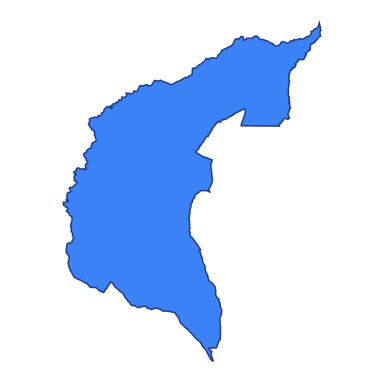 the district of Antonio Ante, Imbabura, Ecuador
{"feature_id": "8360857B41675882344987", "entity_name": "Antonio Ante", "entity_type": "district", "adm_level": 2, "iso_a3": "ECU", "parent_name": "Ecuador", "parent_adm1": "Imbabura", "projection": "albers", "projection_center": [-78.197, 0.328], "detail": "fine", "context": "isolated", "style": "filled", "palette": "blue", "viewbox_px": 384, "rotation_deg": 0, "n_neighbors": 0, "source": "geoboundaries", "source_scale": "gbopen_adm2", "svg_char_len": 5848}
<svg xmlns="http://www.w3.org/2000/svg" viewBox="0 0 384 384"><path d="M213.1,360.9L212.9,359.7L211.1,355.0L211.3,352.8L211.9,351.6L210.6,350.7L208.8,348.7L209.1,348.2L216.6,347.8L218.6,341.4L219.3,340.9L220.3,339.2L220.6,326.9L219.9,322.8L220.2,321.1L219.7,319.1L221.1,315.5L221.8,310.7L220.3,306.4L220.2,303.6L219.4,302.3L218.9,299.4L216.2,296.4L215.6,294.3L215.8,291.3L215.1,287.0L212.1,282.8L210.0,281.8L209.1,280.7L208.1,278.2L207.8,276.0L205.4,270.6L204.9,266.0L203.0,262.9L202.1,257.6L200.9,255.3L200.8,253.4L199.4,251.6L199.3,251.0L200.5,250.6L200.4,249.4L196.6,243.6L191.9,237.4L190.5,236.4L190.0,235.2L190.1,232.4L189.3,231.1L189.6,229.2L190.0,228.5L189.5,225.9L189.7,225.2L189.5,224.5L189.6,221.5L188.9,219.5L189.2,218.6L189.1,216.8L189.6,216.0L189.2,214.9L189.9,213.5L189.9,209.8L191.0,206.6L190.6,204.9L191.1,204.2L191.1,203.6L192.1,202.6L192.5,201.6L192.4,200.9L193.2,199.2L193.9,198.6L193.8,197.8L194.6,197.5L194.7,196.4L196.1,193.9L197.9,193.3L198.6,192.2L199.5,192.0L201.2,190.6L202.1,190.7L203.6,190.4L205.0,190.8L206.9,190.5L210.4,192.5L209.4,191.5L208.8,189.6L211.4,184.3L212.5,180.0L210.8,166.0L210.9,164.4L212.2,160.0L205.2,157.2L203.1,156.9L202.5,156.3L200.9,155.6L199.6,154.4L197.6,153.7L196.0,152.1L199.1,147.9L199.6,145.9L200.2,146.1L207.0,136.1L207.9,136.6L213.4,127.2L216.2,123.6L217.6,122.6L218.4,121.1L220.3,122.3L222.3,119.6L223.2,119.9L223.9,119.2L225.5,119.5L229.9,116.5L232.3,115.6L234.1,114.2L234.0,113.9L244.6,108.7L245.3,110.3L245.3,112.6L243.0,119.9L241.1,124.7L241.3,125.8L280.1,126.1L279.0,125.6L279.1,124.4L280.7,123.5L281.6,122.0L282.7,121.3L283.5,118.8L285.0,118.3L287.4,119.4L289.2,118.5L289.3,117.9L288.2,115.1L288.0,113.3L289.0,111.7L289.5,109.1L290.7,108.0L289.7,106.7L289.6,105.8L289.9,104.1L288.8,103.0L289.7,101.3L289.1,100.7L289.3,99.7L288.6,98.4L289.4,97.1L288.3,95.8L288.5,93.5L288.2,89.2L289.5,81.3L288.9,79.5L289.1,78.8L288.5,78.0L289.2,76.6L289.0,74.0L289.9,72.8L290.2,70.5L291.8,70.0L292.2,69.1L292.1,68.2L293.4,68.1L294.8,67.2L295.4,66.2L295.5,65.1L296.0,64.7L295.4,63.6L298.0,61.3L298.5,59.6L303.5,59.6L304.3,58.4L304.6,57.3L305.5,56.6L305.4,55.6L306.3,54.7L306.4,54.3L305.3,53.5L305.3,53.2L308.1,51.6L308.9,50.2L309.7,50.3L310.2,49.8L310.3,46.6L310.7,45.5L310.5,44.2L311.7,44.0L313.5,43.2L314.0,42.1L315.2,41.8L315.5,40.7L316.4,40.3L319.2,36.7L320.5,36.3L319.9,32.4L320.9,30.1L320.2,28.9L320.3,27.2L319.3,23.0L318.1,26.9L317.5,27.7L316.1,28.7L314.5,29.0L312.6,31.5L311.5,31.3L311.0,31.6L311.3,32.7L310.7,34.9L309.1,36.1L306.2,36.9L304.8,38.2L301.7,39.4L299.6,38.6L296.2,40.0L294.0,39.5L293.6,39.8L293.5,41.3L290.7,40.8L289.2,42.5L287.5,43.1L286.5,43.0L284.2,41.8L282.0,41.8L281.1,42.4L279.7,44.8L276.4,46.2L275.3,45.9L272.2,43.3L270.2,42.9L267.8,41.2L262.5,39.4L260.8,39.7L260.1,39.5L257.5,36.5L256.7,36.1L254.6,36.2L252.1,38.3L247.1,38.2L244.6,40.4L243.7,39.1L242.9,36.7L241.5,36.5L240.5,37.1L239.1,39.0L237.3,38.8L235.9,39.0L235.2,39.5L233.0,44.0L231.3,45.8L222.1,50.2L221.4,51.0L219.8,54.1L217.9,55.1L217.5,57.1L216.8,57.9L216.0,58.3L214.0,57.9L210.8,57.9L209.2,59.1L206.9,58.5L206.0,58.6L204.8,60.8L201.1,63.9L198.5,65.3L196.1,67.7L195.3,68.2L193.7,67.9L193.0,68.2L192.4,68.8L192.2,73.0L191.7,75.1L189.3,75.7L187.9,77.2L185.1,77.5L179.9,80.7L177.1,81.6L173.8,83.6L170.8,84.7L168.5,83.4L162.5,81.3L160.8,80.3L160.2,80.3L158.1,81.2L155.9,80.5L154.2,80.6L152.2,84.6L151.1,85.4L148.5,86.1L147.3,84.8L146.5,84.5L143.7,85.7L140.0,85.8L139.1,86.7L139.0,87.7L137.9,89.5L137.6,90.9L136.9,91.4L136.0,91.5L134.1,90.9L133.2,92.8L130.9,94.3L129.0,93.3L125.9,93.3L126.8,95.2L126.3,96.2L124.5,97.5L122.0,97.0L121.4,99.7L120.2,100.3L119.2,99.7L118.0,102.4L117.4,102.7L116.7,102.1L116.3,102.2L115.2,103.6L112.7,104.1L112.0,105.3L110.8,105.9L110.8,106.3L112.2,107.2L111.6,108.6L111.0,108.5L109.8,106.8L109.1,106.4L107.6,107.0L106.4,107.0L104.1,109.8L103.5,112.3L101.9,112.9L101.5,114.2L100.3,115.9L98.2,115.5L98.0,116.8L97.6,117.5L95.0,117.1L90.4,118.4L89.7,118.9L89.4,119.7L89.6,122.4L88.4,123.9L89.9,126.6L91.1,127.8L91.4,129.5L93.5,130.2L94.0,131.5L94.8,132.4L94.4,134.6L96.1,139.1L96.2,140.0L95.5,141.1L91.9,143.5L90.9,148.0L88.1,149.1L86.4,151.1L86.1,152.1L83.8,153.7L83.9,155.4L84.8,157.4L86.0,158.7L86.5,160.8L88.0,163.0L87.5,163.6L86.1,163.7L85.4,165.3L85.4,166.8L86.2,169.5L85.4,169.8L84.4,169.0L83.1,168.7L80.6,169.1L78.3,167.8L76.7,168.4L76.2,169.7L76.4,170.9L75.0,171.3L73.8,172.0L74.0,173.2L74.7,173.7L75.9,173.7L76.3,174.8L76.0,175.0L75.3,174.5L74.2,176.6L74.0,177.4L74.6,179.0L74.1,180.0L75.1,181.2L76.9,181.5L77.1,182.4L75.4,184.5L72.3,187.3L69.7,187.6L69.3,188.1L69.4,188.9L70.4,189.9L70.6,191.3L70.0,192.2L68.0,192.5L67.6,193.0L66.9,194.6L67.5,195.9L66.8,196.8L67.2,198.8L66.0,199.9L66.2,200.4L68.3,200.5L68.5,201.0L66.0,202.5L63.7,202.1L63.1,203.0L63.7,205.4L65.0,205.9L65.8,207.0L67.4,208.0L68.0,208.8L67.9,209.6L66.4,210.6L66.4,211.3L69.0,213.2L69.4,214.9L71.7,216.8L72.1,217.8L72.1,219.8L70.5,226.1L71.3,227.6L71.2,231.3L72.6,233.4L72.5,235.9L73.7,237.7L71.5,242.5L70.6,242.9L68.6,243.0L66.9,244.2L66.6,247.9L66.1,249.3L66.4,250.3L66.2,251.1L66.5,253.1L67.9,254.2L69.3,258.3L68.1,262.5L68.9,266.6L70.2,270.0L74.0,276.9L78.2,279.4L81.2,280.4L85.1,282.9L86.9,283.6L90.3,287.3L96.2,287.6L99.6,290.9L103.7,292.6L105.5,289.5L106.9,288.3L108.4,285.3L109.6,284.0L110.5,281.8L110.8,281.9L113.2,283.7L113.7,285.4L115.4,287.2L119.2,290.3L120.1,291.6L121.7,292.4L123.7,294.5L124.8,296.4L125.2,297.6L127.3,299.9L127.8,301.2L129.2,302.0L130.5,304.4L131.3,304.7L132.2,305.8L134.1,305.4L137.4,307.3L138.9,307.7L143.0,306.3L146.4,306.4L147.2,308.3L150.0,308.8L150.9,309.4L152.2,309.4L154.9,308.2L156.8,308.2L157.8,308.7L159.9,308.9L161.5,310.4L163.7,311.3L165.7,310.9L166.9,311.1L173.3,312.2L175.3,313.0L176.4,315.2L178.3,317.4L180.5,322.9L190.1,331.9L196.3,338.9L200.0,341.8L202.6,346.2L205.9,350.0L210.3,358.6L212.3,361.0L213.1,360.9Z" fill="#3b82f6" stroke="#1e3a8a" stroke-width="1.5"/></svg>